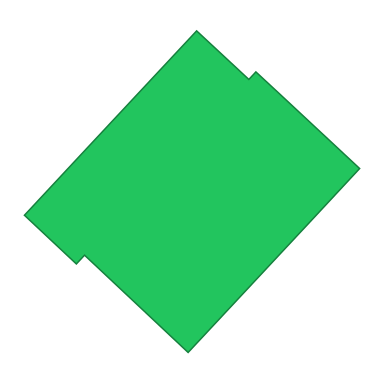 Wells, North Dakota, United States of America, rotated 313°
{"feature_id": "52423323B624254264664", "entity_name": "Wells", "entity_type": "district", "adm_level": 2, "iso_a3": "USA", "parent_name": "United States of America", "parent_adm1": "North Dakota", "projection": "robinson", "projection_center": [-99.663, 47.587], "detail": "fine", "context": "isolated", "style": "filled", "palette": "green", "viewbox_px": 384, "rotation_deg": 313, "n_neighbors": 0, "source": "geoboundaries", "source_scale": "gbopen_adm2", "svg_char_len": 306}
<svg xmlns="http://www.w3.org/2000/svg" viewBox="0 0 384 384"><g transform="rotate(313 192 192)"><path d="M60.7,85.3L60.5,156.5L72.5,156.5L72.0,298.6L253.2,298.7L323.5,298.6L323.5,191.8L323.4,156.8L313.1,156.8L313.0,85.5L144.7,85.3L60.7,85.3Z" fill="#22c55e" stroke="#15803d" stroke-width="1.5"/></g></svg>